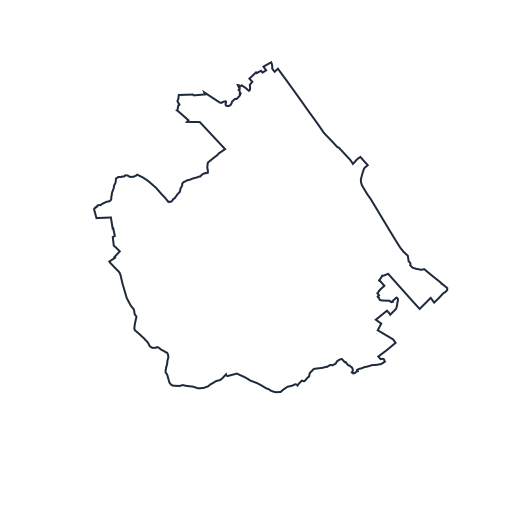 Tetchea, Bihor, Romania (Natural Earth projection), rotated 43°
{"feature_id": "2599482B35654252048695", "entity_name": "Tetchea", "entity_type": "district", "adm_level": 2, "iso_a3": "ROU", "parent_name": "Romania", "parent_adm1": "Bihor", "projection": "natural_earth1", "projection_center": [22.297, 47.021], "detail": "fine", "context": "isolated", "style": "outline", "palette": "slate", "viewbox_px": 512, "rotation_deg": 43, "n_neighbors": 0, "source": "geoboundaries", "source_scale": "gbopen_adm2", "svg_char_len": 6142}
<svg xmlns="http://www.w3.org/2000/svg" viewBox="0 0 512 512"><g transform="rotate(43 256 256)"><path d="M374.6,322.4L374.4,319.5L374.5,315.9L376.6,314.8L376.9,313.1L376.7,311.5L376.7,309.4L377.0,308.1L376.6,307.2L375.9,306.4L375.1,304.4L375.3,302.3L375.2,299.9L375.5,299.0L376.5,297.6L378.8,295.0L381.2,292.0L383.0,289.0L383.6,288.7L384.1,286.5L384.6,285.3L385.6,284.1L386.1,284.0L386.6,283.6L386.9,282.5L387.6,280.7L387.5,279.4L387.2,278.5L387.1,277.4L387.4,276.6L387.5,275.8L387.7,275.1L388.4,273.6L388.9,272.9L389.2,272.8L393.5,273.1L393.8,272.5L394.0,272.4L397.9,273.1L399.3,272.3L400.7,272.4L401.5,272.1L402.9,272.3L403.4,272.5L403.7,272.7L404.9,273.8L405.5,274.8L405.4,275.7L406.1,275.8L406.5,275.3L407.2,275.5L407.5,274.9L408.1,274.3L408.3,272.0L409.0,270.8L407.6,270.3L408.1,269.0L408.8,267.6L409.9,266.1L411.2,263.0L412.2,261.9L414.4,258.4L414.9,257.1L416.4,255.5L418.5,253.3L420.9,250.1L421.4,249.0L421.7,248.1L422.3,245.3L421.6,245.2L420.4,244.4L419.9,244.3L419.5,244.4L418.8,244.8L417.5,246.4L416.7,246.4L414.0,246.1L415.8,236.1L417.3,224.3L413.0,223.5L395.7,227.3L393.7,220.0L390.8,220.4L387.1,220.9L389.1,206.7L392.1,206.9L394.2,207.4L394.5,199.3L394.4,198.9L392.8,195.8L391.5,194.2L391.2,193.6L390.1,191.7L389.2,190.7L388.3,190.5L387.4,190.5L387.1,190.6L386.6,195.9L387.3,196.3L386.3,197.6L385.5,197.6L384.1,197.7L380.6,200.8L378.1,202.9L376.5,203.7L374.1,202.7L373.5,202.9L373.4,202.6L372.6,202.5L372.8,200.9L371.2,200.6L370.2,200.5L370.2,199.1L369.9,197.8L369.7,197.6L369.9,196.2L369.7,195.7L370.2,190.9L369.9,190.8L370.0,190.2L363.3,189.6L363.2,190.0L362.6,189.9L362.6,188.7L362.1,185.3L361.7,184.3L362.7,183.4L364.8,178.9L385.3,180.8L395.2,181.7L404.3,182.5L411.8,183.1L411.8,182.7L412.2,171.9L412.2,171.4L412.2,170.7L412.3,167.5L418.1,168.6L418.3,164.3L418.4,161.8L418.4,161.3L418.4,155.4L419.1,153.1L419.1,150.5L417.7,149.0L411.0,149.5L410.8,149.8L410.7,149.8L410.5,149.5L408.5,149.5L397.1,150.4L388.0,150.9L386.2,153.5L384.3,154.6L381.8,156.2L378.3,157.8L375.1,157.6L374.6,156.6L373.5,155.9L372.0,155.7L371.4,155.9L366.9,152.3L364.8,152.3L362.6,152.3L360.9,152.3L356.1,151.6L354.5,151.2L352.6,150.7L347.3,149.3L338.1,146.7L325.4,143.1L312.2,139.3L301.0,136.1L295.1,134.9L285.4,132.1L283.4,131.0L281.5,129.6L280.5,128.4L279.7,127.1L278.9,125.6L276.9,121.8L275.5,118.6L275.3,117.6L275.8,113.4L264.8,112.4L264.0,116.0L264.1,122.5L262.3,122.1L260.6,121.7L259.0,121.4L254.1,121.1L250.3,120.8L244.3,120.4L242.4,120.3L241.4,120.9L233.5,120.3L223.7,119.8L220.8,119.5L214.8,118.1L205.5,116.2L196.2,114.4L179.4,110.9L158.0,106.7L144.3,104.1L144.0,108.5L143.5,108.4L142.9,108.5L139.9,107.8L138.9,106.5L136.7,104.8L135.0,104.0L132.3,112.4L136.8,113.3L135.7,117.4L133.4,117.1L132.3,120.0L131.8,121.8L130.8,121.7L130.2,130.8L134.5,131.1L134.7,135.0L137.4,137.4L138.3,139.0L138.2,140.0L133.6,140.2L129.1,141.0L128.8,143.5L126.8,142.8L126.1,143.4L128.1,144.2L130.2,144.9L130.1,146.4L131.2,146.5L132.9,147.3L133.7,147.5L133.5,148.1L133.5,148.6L134.4,148.7L134.8,150.3L134.7,154.5L133.5,155.4L133.3,157.5L133.4,158.6L133.2,159.4L133.5,160.1L134.0,161.0L134.3,162.3L134.4,162.9L133.7,165.1L131.8,166.4L130.6,166.1L130.0,165.6L130.0,165.3L129.3,164.1L128.6,163.5L128.0,163.8L126.8,165.9L126.6,166.1L126.4,167.5L126.1,167.7L125.1,168.3L124.6,168.5L106.6,171.6L108.6,172.5L101.0,180.9L99.7,181.0L89.7,190.9L92.3,194.5L92.8,196.2L94.0,196.8L96.4,197.3L96.8,197.5L96.7,198.3L96.5,198.9L99.1,202.9L98.9,203.4L100.9,203.2L113.9,202.8L114.1,205.0L123.5,196.4L131.3,196.9L151.3,198.3L160.5,198.9L158.8,206.4L158.9,208.7L158.0,213.9L157.1,220.5L157.8,221.6L160.1,224.6L162.5,226.3L164.0,227.9L163.1,229.5L162.7,229.8L162.3,229.8L161.7,231.4L161.4,231.9L161.1,233.2L160.9,235.2L161.1,235.7L160.7,236.1L160.4,236.5L159.9,237.3L159.3,238.7L157.5,241.5L156.5,243.2L156.3,243.9L155.0,246.4L154.2,247.2L153.6,249.1L152.8,251.0L152.5,252.3L152.9,253.7L153.7,254.4L154.1,255.5L154.5,256.8L154.6,257.7L156.5,261.0L156.5,264.7L156.8,266.6L157.1,269.4L156.6,271.2L156.9,271.8L157.0,272.7L157.0,273.5L156.5,274.9L154.9,275.8L154.9,276.2L149.4,275.4L144.9,275.2L136.2,274.3L127.6,274.6L124.4,274.9L119.9,275.7L113.7,277.5L113.4,279.3L112.1,282.0L111.1,282.9L109.8,284.2L108.1,284.4L106.9,284.9L105.9,285.6L105.2,286.5L105.4,287.6L104.8,288.4L103.8,289.3L103.5,290.3L101.4,292.1L101.3,293.0L101.1,293.6L100.8,294.3L100.9,295.0L102.9,297.6L103.6,299.0L103.8,300.2L104.2,300.9L104.2,301.3L104.4,301.7L105.2,302.7L105.8,303.7L107.5,307.8L108.0,308.6L109.1,310.0L109.7,311.3L110.7,312.4L111.6,313.5L111.7,314.2L111.4,316.1L109.9,318.0L109.3,319.4L107.9,323.0L107.6,324.8L106.1,326.3L105.7,327.1L106.0,327.8L105.7,328.5L106.0,328.9L105.6,329.5L105.8,329.7L105.6,330.2L105.6,330.7L105.4,331.1L105.6,332.2L113.5,337.1L115.9,334.6L123.6,326.8L132.5,333.7L132.8,333.2L139.1,337.6L138.3,339.8L145.0,345.5L146.8,345.3L153.2,345.5L153.2,353.5L154.1,353.5L152.5,360.1L153.6,360.4L157.1,360.6L157.8,360.6L160.0,360.8L166.1,361.0L167.5,361.2L170.2,362.5L173.7,364.9L177.0,367.1L177.3,367.3L190.1,374.9L193.0,375.9L198.3,377.7L200.3,378.0L202.5,378.2L204.9,379.6L205.4,380.0L206.6,381.2L208.8,381.6L210.3,382.2L211.1,383.9L214.0,388.7L216.4,392.0L218.1,392.9L224.1,392.6L228.1,392.7L230.6,392.6L232.8,392.9L234.3,392.8L237.1,393.4L238.8,394.1L240.4,394.4L242.8,393.9L245.3,391.5L245.6,390.4L246.1,389.8L247.5,389.4L250.9,389.1L253.4,388.3L255.6,388.0L256.3,387.5L257.3,387.4L259.2,388.4L260.4,389.3L261.0,389.8L261.5,390.8L263.0,393.6L264.0,394.6L266.1,398.2L266.3,399.0L267.0,399.8L268.2,401.7L269.5,402.9L270.0,403.0L270.8,403.0L271.8,403.4L273.0,403.9L273.5,404.3L274.2,404.7L275.0,405.2L278.3,407.2L279.6,407.8L280.8,407.9L282.0,408.0L283.6,407.5L286.8,404.9L287.5,404.3L289.1,402.7L290.4,400.4L293.5,398.6L298.9,394.6L304.0,392.2L307.7,388.2L308.9,385.8L309.8,384.2L310.3,380.6L310.8,379.4L312.2,374.5L313.8,372.1L314.4,371.2L314.8,368.3L314.8,363.1L315.2,363.4L315.7,363.5L317.0,363.3L320.9,357.1L322.1,355.1L330.5,352.3L334.7,351.3L336.2,351.2L343.6,348.2L347.6,347.1L354.3,345.7L355.4,344.9L358.5,344.4L360.7,343.6L363.3,342.2L366.7,338.7L367.1,335.0L368.2,330.2L370.9,326.2L372.2,323.0L373.8,322.2L374.6,322.4Z" fill="none" stroke="#1e293b" stroke-width="2"/></g></svg>